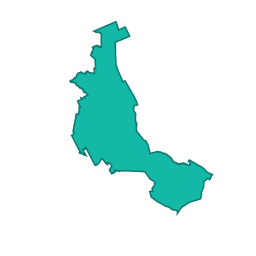 the district of San Salvador, Entre Ríos, Argentina, rotated 146°
{"feature_id": "61730980B4034945746834", "entity_name": "San Salvador", "entity_type": "district", "adm_level": 2, "iso_a3": "ARG", "parent_name": "Argentina", "parent_adm1": "Entre Ríos", "projection": "equal_earth", "projection_center": [-58.492, -31.58], "detail": "fine", "context": "isolated", "style": "filled", "palette": "teal", "viewbox_px": 256, "rotation_deg": 146, "n_neighbors": 0, "source": "geoboundaries", "source_scale": "gbopen_adm2", "svg_char_len": 5761}
<svg xmlns="http://www.w3.org/2000/svg" viewBox="0 0 256 256"><g transform="rotate(146 128 128)"><path d="M134.8,29.6L129.9,31.6L126.9,32.3L124.5,32.1L119.5,32.1L117.3,31.7L107.4,28.7L104.5,31.4L103.2,33.2L103.0,33.7L101.1,35.0L98.8,36.4L96.1,39.6L95.3,40.9L94.6,41.2L90.1,41.5L89.1,39.4L85.1,42.0L84.1,42.1L87.2,47.3L87.6,51.3L88.8,54.6L90.8,58.4L94.8,66.8L95.1,66.7L95.6,67.2L95.9,67.2L96.4,66.7L96.5,66.5L96.5,66.1L96.2,66.0L95.7,66.1L95.9,65.5L95.6,65.1L96.0,64.7L96.3,63.9L96.8,63.5L96.9,62.8L97.2,62.6L97.7,63.1L98.5,63.1L98.9,63.2L99.1,63.3L99.0,63.7L99.3,64.1L99.2,64.6L99.4,65.0L100.1,66.0L100.5,65.8L100.7,66.3L101.2,66.5L101.0,67.1L101.5,67.2L101.5,67.9L101.8,67.9L102.1,67.6L102.3,67.7L102.3,68.1L102.7,68.2L103.0,68.7L103.3,68.6L103.6,68.6L104.4,68.3L104.6,68.6L104.5,69.2L104.7,69.4L105.4,69.8L105.8,69.5L106.0,69.6L106.3,70.0L106.9,70.1L107.0,70.5L106.9,70.9L107.0,71.0L107.4,71.1L107.3,71.7L107.6,71.7L107.8,72.0L107.7,72.7L108.8,73.8L109.0,74.5L108.9,74.9L109.0,75.2L109.4,75.5L109.4,76.3L109.1,76.7L109.3,77.2L109.1,77.6L109.2,78.0L109.0,78.6L109.2,78.9L109.2,79.7L109.5,80.7L109.8,81.0L109.7,81.8L109.8,82.1L110.0,82.5L110.4,82.6L110.6,83.2L110.5,84.1L110.5,84.4L110.6,84.5L111.2,84.6L111.4,85.1L111.8,85.5L111.5,86.1L111.9,86.7L113.2,87.2L113.3,87.4L113.3,88.1L113.5,88.4L113.8,89.0L114.2,89.1L114.4,89.9L114.5,90.0L115.6,90.7L116.2,91.5L116.4,91.3L116.7,91.5L116.9,92.0L118.3,92.6L119.2,92.8L120.6,93.6L121.1,93.6L122.3,94.0L123.9,94.3L120.9,103.0L120.6,104.1L120.5,107.6L121.7,109.1L122.6,120.4L121.3,123.2L118.0,127.1L118.8,128.0L117.7,129.5L117.6,129.9L117.3,130.3L117.2,130.5L114.7,134.2L113.8,135.2L113.6,135.7L113.7,137.3L113.5,137.8L113.5,138.1L113.3,140.0L113.1,140.3L112.7,140.5L112.4,140.8L112.4,141.0L112.1,141.7L111.6,141.8L111.5,142.1L111.3,142.3L111.1,142.6L110.6,143.1L107.1,141.8L105.9,146.5L105.7,149.0L105.4,149.3L105.2,152.3L105.3,152.5L104.1,168.7L104.1,168.8L106.7,169.3L106.4,170.0L106.5,170.1L106.0,171.0L105.6,173.5L104.3,180.4L102.9,186.6L97.4,195.7L90.5,206.2L75.3,203.2L73.8,213.2L74.1,213.4L81.0,214.5L79.6,218.5L78.6,222.9L102.0,227.3L101.6,226.8L101.4,226.2L101.3,225.5L101.1,225.4L100.8,225.5L100.2,224.6L99.6,224.2L99.4,224.3L98.5,223.6L98.3,223.5L98.0,222.8L98.2,222.6L98.2,222.3L97.8,222.0L97.6,221.5L97.4,221.5L97.3,221.3L105.0,209.8L105.3,209.7L105.5,209.8L105.6,210.0L105.5,210.4L105.8,210.4L105.9,210.6L105.7,210.8L106.0,210.8L105.9,211.1L106.1,211.2L106.1,211.7L106.2,211.9L107.0,212.0L106.9,212.2L107.0,212.4L106.9,212.7L106.8,212.9L107.0,213.0L107.1,213.5L107.5,213.7L107.6,213.8L107.7,213.6L107.8,213.5L108.1,213.8L108.7,213.8L109.0,213.9L109.2,214.3L109.4,214.3L109.6,213.8L109.8,213.7L109.9,213.9L110.1,214.6L110.5,214.7L110.9,214.6L111.0,214.4L111.5,214.5L111.8,214.8L112.1,214.7L112.4,214.7L112.6,214.6L112.6,214.2L112.1,213.3L115.4,210.6L115.6,211.1L118.3,209.1L117.2,205.1L116.8,202.7L117.1,202.4L117.3,202.6L121.7,195.3L122.8,196.5L125.2,192.0L128.9,195.3L129.2,196.1L129.3,196.4L129.6,196.8L129.5,197.0L129.6,197.5L129.9,197.9L130.1,197.8L130.5,198.0L131.1,198.0L131.1,197.5L131.2,197.4L131.5,197.7L131.9,197.6L132.1,197.5L132.6,196.8L132.8,196.7L133.1,196.9L133.2,197.3L133.4,197.6L133.9,197.5L134.3,197.9L134.5,198.5L134.6,198.9L134.9,199.0L135.3,199.4L135.3,199.7L135.2,200.0L135.3,200.3L135.7,200.4L136.0,200.8L136.5,200.4L136.9,200.7L137.2,201.0L137.8,201.2L138.1,201.3L138.6,201.2L138.7,201.4L139.2,201.1L139.7,201.0L140.2,200.8L140.4,200.5L141.1,200.6L141.2,200.2L141.6,199.9L142.5,199.3L143.3,198.9L143.8,199.3L144.0,199.6L144.9,199.1L145.6,199.1L146.3,198.8L146.7,198.9L147.2,198.7L147.9,198.9L148.1,199.3L148.5,199.4L149.8,199.3L150.0,199.1L149.8,198.6L149.8,198.0L149.4,197.7L149.4,197.4L149.2,197.3L148.9,197.2L148.2,197.1L148.1,196.8L147.9,196.8L147.7,196.4L147.8,195.9L147.4,195.8L147.3,195.5L146.4,195.0L146.5,194.5L146.3,194.4L146.4,193.9L146.7,193.5L146.4,192.9L146.7,192.7L146.9,192.3L146.8,192.0L146.2,191.4L145.9,190.6L145.9,190.2L145.7,189.0L145.3,188.4L145.5,187.9L145.4,187.8L145.0,187.3L144.0,187.0L143.8,186.7L143.8,186.1L143.6,185.8L143.7,185.1L144.0,184.7L144.2,184.4L144.4,184.6L144.4,184.3L144.2,184.0L144.2,183.4L143.9,183.2L143.9,182.9L144.5,182.7L144.6,182.4L144.2,182.1L144.2,181.8L143.8,181.6L143.6,181.1L143.2,180.8L143.0,179.4L143.2,178.7L142.8,177.8L146.9,178.4L146.9,177.1L148.4,177.6L150.1,179.4L150.3,177.7L154.8,178.5L155.8,172.4L156.1,171.7L156.3,172.0L156.4,172.4L156.7,172.3L156.8,172.5L159.2,169.4L161.5,167.0L163.0,168.6L164.3,167.2L164.7,167.2L164.8,166.7L165.2,166.2L172.4,159.1L175.8,155.4L175.7,155.1L175.3,154.6L176.7,153.2L178.9,153.5L181.1,135.1L181.5,134.9L181.8,134.6L182.1,134.7L182.2,134.3L181.6,134.0L181.6,133.6L181.2,133.7L180.7,133.3L180.5,132.4L180.1,131.9L180.2,131.6L180.1,131.4L179.9,131.3L179.5,131.3L179.5,130.5L179.4,130.3L179.0,130.5L178.8,130.4L179.0,129.7L178.7,129.7L178.2,128.8L177.7,134.9L177.3,134.7L176.9,135.1L176.4,135.1L176.3,134.8L175.8,134.5L175.7,135.0L175.4,135.5L174.8,135.4L174.7,135.0L174.5,134.9L174.3,134.9L173.9,135.2L176.2,115.6L174.7,114.8L172.2,115.1L167.2,117.0L166.4,117.1L166.1,110.6L165.1,111.0L165.4,109.2L163.2,110.2L162.5,105.4L166.8,103.8L167.1,99.2L166.9,99.2L166.6,99.5L166.4,99.4L166.0,99.0L165.4,99.1L165.2,98.7L164.8,98.7L164.3,99.0L163.9,99.0L163.7,99.4L162.9,100.1L162.7,100.5L162.4,100.5L162.0,100.0L161.9,99.7L161.9,99.4L162.4,99.3L162.4,99.0L162.3,98.8L161.6,98.7L161.5,98.9L161.1,99.0L161.0,98.7L160.7,98.7L160.4,98.6L160.2,98.2L159.9,97.9L159.9,97.5L159.4,96.7L159.1,96.7L158.9,96.9L158.1,96.8L157.8,96.4L153.4,93.5L148.9,90.2L138.5,82.4L138.2,73.2L136.2,69.3L137.5,65.8L141.5,64.7L141.9,63.9L142.1,63.9L142.8,61.9L145.5,63.2L147.3,57.6L145.2,51.5L140.4,41.9L138.2,39.4L137.0,35.4L135.1,34.0L133.3,31.5L134.8,29.6Z" fill="#14b8a6" stroke="#0f766e" stroke-width="1.5"/></g></svg>